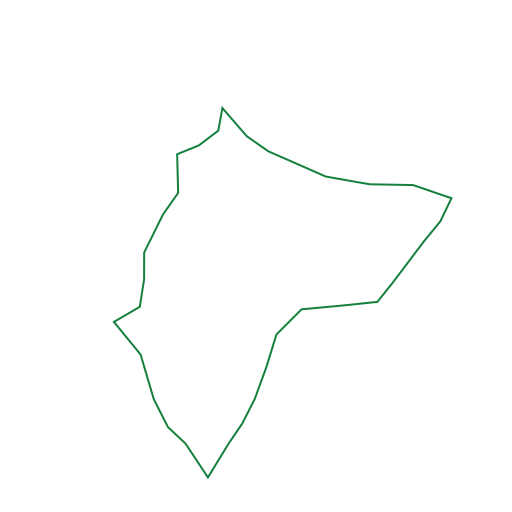 the district of Spilia, Nicosia, Cyprus, rotated 228°
{"feature_id": "46923920B71237456282440", "entity_name": "Spilia", "entity_type": "district", "adm_level": 2, "iso_a3": "CYP", "parent_name": "Cyprus", "parent_adm1": "Nicosia", "projection": "orthographic", "projection_center": [32.941, 34.966], "detail": "fine", "context": "isolated", "style": "outline", "palette": "green", "viewbox_px": 512, "rotation_deg": 228, "n_neighbors": 0, "source": "geoboundaries", "source_scale": "gbopen_adm2", "svg_char_len": 641}
<svg xmlns="http://www.w3.org/2000/svg" viewBox="0 0 512 512"><g transform="rotate(228 256 256)"><path d="M123.6,72.1L134.9,110.0L140.7,133.7L150.6,159.4L166.3,189.0L184.0,218.7L185.9,254.2L162.3,285.8L140.7,315.5L144.6,339.2L154.5,390.5L158.4,416.2L166.6,436.1L168.2,439.9L182.9,431.7L203.6,420.2L218.0,404.8L223.4,399.0L233.1,388.6L248.5,376.5L268.5,360.9L269.0,360.7L325.6,335.2L351.1,329.3L372.8,329.7L388.4,330.0L374.4,311.9L376.4,287.7L384.4,265.5L355.0,240.4L349.1,214.7L333.4,175.2L313.7,157.4L296.0,135.7L302.1,106.3L260.0,104.3L217.9,84.2L187.8,76.1L163.7,78.1L123.6,72.1Z" fill="none" stroke="#15803d" stroke-width="2"/></g></svg>